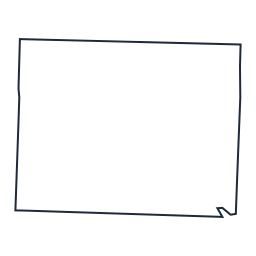 outline of Henry, Missouri, United States of America
{"feature_id": "52423323B86043249608215", "entity_name": "Henry", "entity_type": "district", "adm_level": 2, "iso_a3": "USA", "parent_name": "United States of America", "parent_adm1": "Missouri", "projection": "robinson", "projection_center": [-93.766, 38.384], "detail": "fine", "context": "isolated", "style": "outline", "palette": "slate", "viewbox_px": 256, "rotation_deg": 0, "n_neighbors": 0, "source": "geoboundaries", "source_scale": "gbopen_adm2", "svg_char_len": 305}
<svg xmlns="http://www.w3.org/2000/svg" viewBox="0 0 256 256"><path d="M19.3,97.5L18.6,118.9L15.4,210.4L25.5,210.6L222.4,216.9L217.4,208.2L222.4,207.9L230.6,214.7L235.8,213.9L237.9,158.3L240.3,97.6L240.0,65.8L240.6,44.5L19.9,39.1L18.5,88.3L19.3,97.5Z" fill="none" stroke="#1e293b" stroke-width="2"/></svg>